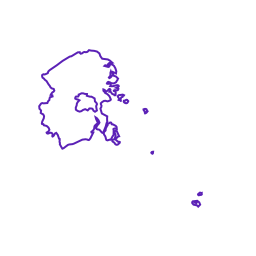 an SVG outline of Gyeonggi, rotated 210°
{"feature_id": "KOR-2498", "entity_name": "Gyeonggi", "entity_type": "Province", "adm_level": 1, "iso_a3": "KOR", "parent_name": "South Korea", "parent_adm1": "", "projection": "robinson", "projection_center": [126.66, 37.546], "detail": "fine", "context": "isolated", "style": "outline", "palette": "violet", "viewbox_px": 256, "rotation_deg": 210, "n_neighbors": 0, "source": "natural_earth", "source_scale": "10m", "svg_char_len": 6049}
<svg xmlns="http://www.w3.org/2000/svg" viewBox="0 0 256 256"><g transform="rotate(210 128 128)"><path d="M155.8,106.6L155.4,100.1L155.7,98.3L156.4,97.7L157.6,97.6L159.2,97.0L161.7,95.1L167.1,87.3L168.1,86.2L170.6,84.4L171.6,83.3L173.7,78.3L174.5,77.3L175.7,77.9L178.9,79.8L179.4,81.0L180.1,81.5L180.6,82.2L181.1,83.4L181.8,84.4L182.5,84.3L183.3,85.1L185.4,86.9L187.7,87.9L188.5,86.7L188.5,84.2L188.7,83.4L189.1,82.9L189.6,83.2L189.7,83.9L189.9,84.7L191.2,85.5L192.6,85.3L193.5,84.4L194.3,83.3L194.8,83.0L195.3,82.9L195.8,83.0L196.2,83.4L195.6,84.4L195.1,85.7L195.2,87.2L196.2,88.0L197.1,88.6L199.5,89.1L202.2,88.3L203.2,89.0L203.6,88.9L204.0,88.6L204.5,88.5L204.9,88.9L205.5,90.7L205.8,94.3L206.6,96.3L208.2,97.4L209.7,97.3L211.1,97.4L212.0,99.6L213.1,100.1L214.3,100.4L215.8,102.5L215.5,105.6L214.8,106.7L213.5,107.1L210.3,109.3L210.5,110.5L210.5,111.7L210.1,112.8L210.6,114.1L211.0,115.5L209.1,117.6L209.9,118.5L211.5,118.0L211.5,119.5L211.3,121.0L210.6,122.3L210.5,123.5L211.9,124.7L213.6,124.2L215.3,124.4L216.9,125.4L218.5,126.0L222.0,127.9L224.1,128.2L225.7,128.8L227.2,128.9L228.1,129.7L228.8,130.8L228.2,132.2L226.9,132.7L225.8,134.1L224.9,135.4L225.3,137.1L224.8,138.9L221.0,146.8L218.2,153.4L214.4,160.3L213.9,161.0L212.9,161.8L209.3,168.4L207.7,169.5L207.3,169.0L206.1,168.7L205.1,169.7L204.6,171.0L203.9,172.0L202.3,172.6L201.2,173.7L200.7,175.9L198.6,176.6L195.9,177.9L193.1,178.7L190.1,178.3L187.7,176.3L185.0,175.1L179.7,177.3L177.3,177.3L174.3,176.7L175.1,176.1L176.1,175.7L176.7,174.9L177.2,173.1L177.0,172.7L176.4,172.0L176.7,171.7L177.3,171.7L178.2,171.2L178.8,171.1L179.2,170.8L179.4,170.0L175.6,171.0L175.0,171.8L175.2,174.1L174.8,174.6L173.3,175.1L171.2,174.8L168.8,173.4L166.5,171.3L165.7,169.3L169.4,168.9L169.4,168.4L168.6,167.8L169.3,167.8L170.0,167.8L170.6,168.0L171.1,168.4L170.8,167.0L170.0,165.7L169.4,164.2L169.8,162.2L169.1,161.9L168.6,162.6L168.2,163.8L168.1,165.0L167.8,166.3L167.2,166.6L166.6,166.1L164.2,166.6L161.3,165.8L161.3,164.9L161.1,164.1L161.3,163.1L161.2,161.8L161.9,160.5L162.8,159.4L163.8,158.9L164.8,158.5L166.4,158.5L168.1,158.1L168.5,157.5L168.6,156.1L168.2,155.9L167.3,156.3L166.0,157.4L165.2,157.3L164.6,156.9L164.3,156.3L164.3,155.4L162.8,156.1L161.6,157.0L159.3,159.3L158.8,159.7L158.0,160.0L157.4,160.0L156.9,159.6L157.0,158.9L157.4,158.2L158.3,156.9L156.4,157.4L155.9,157.2L155.7,156.1L156.0,155.4L156.8,154.9L157.6,154.6L158.3,154.3L159.0,153.3L158.8,153.0L157.2,153.3L156.6,152.9L155.2,150.2L155.5,150.1L156.1,149.6L156.6,149.9L157.3,149.9L158.5,149.6L159.5,149.9L160.3,150.4L161.1,150.6L162.1,150.2L162.0,151.0L162.1,151.8L162.4,152.5L163.0,152.7L163.7,152.5L164.0,151.8L164.3,150.2L165.3,148.6L166.2,148.7L167.2,149.3L168.6,149.1L168.3,148.5L167.9,148.0L167.4,147.7L166.8,147.6L165.9,147.6L165.5,147.0L164.6,146.9L163.8,147.1L163.1,147.0L161.9,146.8L159.9,146.2L157.2,144.2L157.1,143.3L158.3,141.6L159.1,140.8L161.1,140.3L162.4,139.4L163.3,137.7L163.9,135.8L163.3,134.9L162.2,134.2L161.6,132.8L161.6,131.0L157.9,127.5L151.8,127.7L151.0,126.0L149.8,124.0L149.1,123.3L149.1,122.3L148.8,120.8L148.1,118.4L147.2,112.1L147.5,111.1L148.3,111.0L151.8,112.2L152.9,111.9L153.8,111.5L154.6,111.4L155.5,111.9L155.8,112.8L155.9,114.2L155.8,115.6L155.5,116.6L155.4,118.4L157.3,119.9L159.8,120.9L161.3,121.0L160.1,119.8L156.5,117.3L157.6,114.6L157.9,113.0L157.6,111.9L157.0,110.7L156.9,109.2L157.2,107.7L157.8,106.5L157.4,105.9L156.8,106.0L155.8,106.6ZM183.9,127.7L184.5,125.5L184.5,123.6L183.8,122.0L183.4,119.5L182.3,117.8L180.1,117.6L178.1,118.0L176.8,119.3L176.0,121.1L174.5,122.9L171.7,123.1L171.4,124.3L171.2,125.6L169.9,126.4L168.4,126.9L166.4,125.7L164.7,125.6L163.7,127.6L165.2,129.3L166.5,131.0L166.8,133.2L168.0,134.0L169.9,134.5L171.7,136.9L174.4,136.9L175.5,136.8L176.6,136.1L178.2,135.7L179.8,135.3L180.5,136.9L182.3,136.0L184.1,135.6L185.7,134.7L186.3,133.7L187.4,132.3L186.9,131.7L186.9,130.4L187.8,129.8L188.7,129.3L188.9,128.2L188.4,127.1L187.1,127.1L185.7,127.6L183.9,127.7ZM145.8,124.1L145.3,124.2L144.9,124.0L144.3,123.3L143.8,123.1L143.5,123.2L143.0,123.6L139.7,123.7L138.4,123.2L137.2,121.5L139.1,121.1L139.5,120.8L140.1,120.0L140.0,119.6L139.7,119.4L139.3,118.9L137.1,114.9L137.0,114.2L137.2,113.4L137.1,109.8L137.4,109.0L138.0,108.8L139.5,107.1L140.6,106.8L141.6,107.5L142.6,108.6L143.5,109.4L145.5,110.4L146.3,111.2L146.7,112.4L146.6,113.0L146.3,114.1L146.2,114.5L146.3,115.0L146.9,116.1L147.0,116.6L147.2,119.3L147.0,120.0L147.4,120.4L147.9,121.5L147.1,122.0L146.4,123.6L145.8,124.1ZM34.7,95.0L35.3,95.8L35.2,96.9L34.4,97.5L33.2,96.8L31.6,97.0L31.2,97.1L31.2,97.9L31.9,98.2L32.6,98.3L32.9,98.6L31.6,99.6L29.1,99.2L27.2,97.7L27.9,95.0L29.4,95.5L32.9,94.4L34.7,95.0ZM132.5,108.5L133.7,108.5L134.9,108.7L135.4,109.3L135.0,110.7L133.9,111.6L132.5,111.7L129.9,111.1L128.6,111.7L128.0,111.7L127.8,110.9L128.6,108.5L129.4,107.8L130.3,107.6L131.3,107.8L132.5,108.5ZM135.5,116.0L137.1,117.3L137.7,117.9L137.8,118.6L137.2,119.5L135.9,119.5L131.6,116.4L132.2,115.9L132.4,115.3L132.8,113.8L133.0,113.5L133.7,112.8L134.0,112.7L134.3,112.8L134.4,113.1L134.8,115.0L135.1,115.5L135.5,116.0ZM152.4,150.1L152.7,151.1L152.4,151.8L149.2,154.3L147.8,154.4L147.8,154.0L148.5,153.1L148.5,152.6L148.3,152.2L149.1,151.3L149.1,150.4L148.8,149.3L148.3,148.5L147.8,148.0L148.0,147.8L149.0,148.3L149.9,147.6L150.1,147.6L149.9,148.3L150.2,148.9L150.9,149.3L152.1,149.8L152.4,150.1ZM144.3,148.3L144.9,148.7L145.2,149.6L144.9,149.9L144.2,150.2L144.0,150.7L143.9,151.1L143.4,151.7L142.7,151.9L142.2,151.6L141.7,151.6L141.2,151.4L141.1,150.4L141.2,149.4L141.7,148.7L142.8,148.2L144.3,148.3ZM120.3,152.1L119.7,152.4L119.4,152.3L119.6,150.8L120.0,149.8L120.5,149.2L121.0,149.5L121.4,150.2L121.8,150.6L123.4,151.3L123.9,151.9L123.6,152.3L122.8,153.1L122.2,153.3L121.5,153.5L120.9,153.2L120.3,152.1ZM33.6,105.1L34.1,105.4L34.2,105.9L33.4,108.0L32.9,108.2L32.5,108.2L32.0,108.3L31.7,108.6L31.6,108.4L30.9,107.4L31.1,106.8L32.1,106.0L33.1,105.1L33.6,105.1ZM94.4,117.9L95.1,118.0L95.5,118.4L95.3,119.2L94.7,119.8L94.4,120.0L93.8,118.6L93.9,118.0L94.4,117.9Z" fill="none" stroke="#5b21b6" stroke-width="2"/></g></svg>